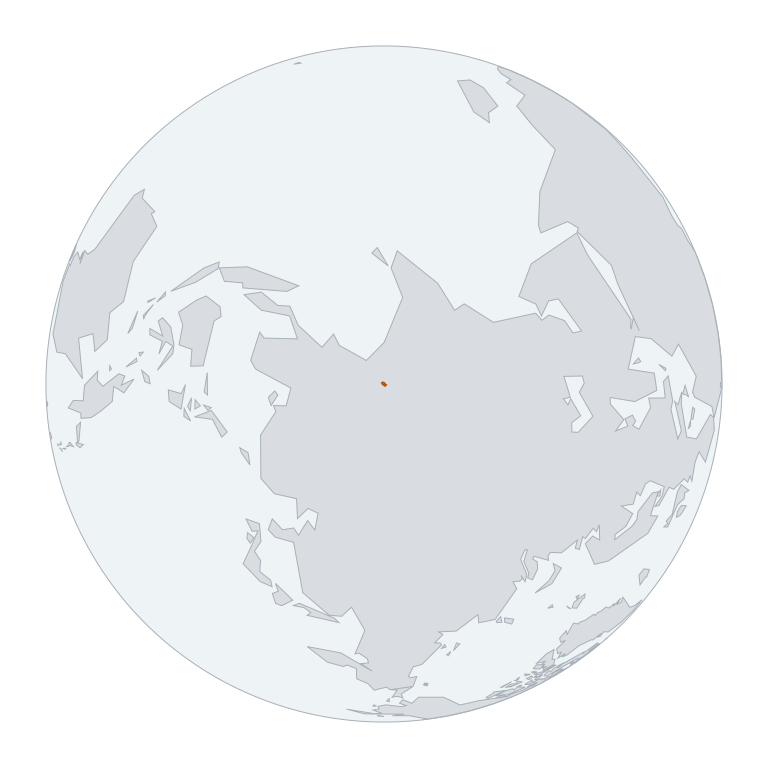 Bumthang highlighted on a globe, orthographic projection, rotated 151°
{"feature_id": "BTN-2480", "entity_name": "Bumthang", "entity_type": "District", "adm_level": 1, "iso_a3": "BTN", "parent_name": "Bhutan", "parent_adm1": "", "projection": "orthographic", "projection_center": [90.682, 27.708], "detail": "fine", "context": "on_globe", "style": "filled", "palette": "amber", "viewbox_px": 768, "rotation_deg": 151, "n_neighbors": 0, "source": "natural_earth", "source_scale": "10m", "svg_char_len": 11754}
<svg xmlns="http://www.w3.org/2000/svg" viewBox="0 0 768 768"><g transform="rotate(151 384 384)"><circle cx="384" cy="384" r="338" fill="#eef3f6" stroke="#a8b0b8"/><path d="M512.7,71.5L509.7,71.0L523.1,81.9L537.5,89.8L526.4,85.4L560.6,104.7L574.4,117.8L552.5,100.5L545.4,97.0L551.7,104.1L545.8,102.2L545.4,104.9L537.8,102.4L525.6,93.6L520.5,92.0L525.2,97.3L520.6,98.8L514.4,91.2L505.6,93.3L483.6,81.1L473.2,66.4L454.8,61.1L427.5,50.9L423.7,51.2L411.0,48.9L401.9,48.7L399.5,47.8L394.3,48.6L398.3,49.6L397.4,50.5L392.4,50.8L388.4,49.3L390.3,49.0L386.5,48.8L386.7,48.1L383.8,48.6L379.5,47.4L376.3,49.2L366.7,48.7L365.9,47.9L375.7,47.1L392.9,46.2L417.5,47.7L441.9,51.1L465.9,56.2L489.6,63.0L512.7,71.5ZM352.5,47.5L353.5,47.5L342.3,48.7L328.8,50.6L328.3,50.7L352.5,47.5ZM314.6,53.3L314.0,53.4L312.2,53.8L314.6,53.3ZM549.2,96.5L545.1,93.0L551.1,97.2L549.2,96.5ZM546.7,105.8L549.8,107.6L548.3,108.3L546.7,105.8ZM359.2,47.0L359.3,47.0L356.5,47.2L359.2,47.0ZM364.1,46.7L366.8,46.5L369.5,46.4L367.7,46.5L364.1,46.7ZM535.3,105.4L532.0,106.4L533.2,103.7L535.3,105.4ZM360.0,47.1L373.9,46.3L378.5,46.2L375.7,46.8L360.0,47.1ZM528.7,106.1L520.8,109.8L526.9,113.7L505.3,105.4L519.1,104.5L519.7,100.3L523.5,104.2L528.7,106.1ZM401.8,49.9L397.3,48.8L405.6,49.6L401.8,49.9ZM407.3,50.3L434.3,53.1L438.4,55.4L428.5,53.7L437.6,57.2L426.3,56.8L418.8,54.9L418.4,53.2L414.4,54.5L407.3,50.3ZM494.6,100.8L490.9,100.7L492.5,99.1L494.6,100.8ZM397.7,51.0L402.8,51.1L406.7,53.0L397.3,53.3L399.0,52.5L397.7,51.0ZM445.5,58.6L446.7,60.4L438.0,60.6L437.3,61.4L426.4,57.1L445.5,58.6ZM395.6,52.2L392.3,53.4L386.0,52.9L393.0,51.1L395.6,52.2ZM411.7,53.5L413.1,54.6L409.3,54.0L411.7,53.5ZM361.4,53.0L367.4,52.4L370.0,53.2L361.4,53.0ZM391.6,54.0L393.8,54.2L395.5,54.6L392.1,55.4L391.6,54.0ZM421.0,57.7L417.1,57.6L425.0,59.5L418.7,60.1L412.6,57.3L412.6,58.8L410.7,59.1L407.9,56.6L421.0,57.7ZM393.7,57.7L383.8,55.2L372.1,55.7L369.5,54.8L388.8,54.2L393.7,57.7ZM402.3,57.2L396.4,57.2L396.1,55.8L400.0,54.9L402.3,57.2ZM416.7,61.8L427.8,61.4L428.8,62.1L416.7,61.8ZM390.4,58.0L392.8,58.7L389.6,58.2L390.4,58.0ZM408.7,60.8L412.5,60.4L413.5,61.2L408.7,60.8ZM394.6,60.5L391.4,59.6L393.9,58.8L394.6,60.5ZM401.1,60.8L401.5,62.0L396.7,59.1L402.6,60.5L401.1,60.8ZM409.0,61.6L410.8,61.9L407.2,61.6L409.0,61.6ZM386.8,64.5L380.2,61.0L385.8,59.1L391.4,62.6L386.8,64.5ZM90.2,217.1L111.6,194.5L108.1,205.3L118.6,221.7L118.2,227.1L107.1,239.5L107.1,276.1L118.7,268.8L128.5,294.3L141.2,303.6L163.2,278.6L142.4,262.5L148.5,246.1L173.1,247.0L192.7,262.6L195.8,256.8L191.5,236.6L204.4,230.6L191.0,229.0L190.2,236.7L181.8,236.3L182.0,229.4L186.6,227.2L183.0,220.8L162.3,234.1L159.3,243.4L144.8,235.5L138.4,250.6L131.5,253.4L139.7,229.2L145.3,222.8L153.7,193.4L146.5,199.1L138.1,227.7L137.0,223.3L127.3,232.8L133.8,222.1L144.9,190.8L137.4,184.5L113.3,199.1L112.0,195.0L117.4,183.6L140.8,159.8L141.2,172.0L149.5,165.2L161.8,149.8L160.9,155.3L166.0,150.9L167.4,155.6L181.6,151.4L184.8,155.5L202.2,144.5L206.3,145.5L194.8,151.4L188.6,158.4L198.1,170.4L203.4,169.9L214.0,162.1L215.3,167.0L224.3,158.1L235.6,162.2L229.3,150.1L241.6,142.2L254.8,140.3L257.7,135.9L236.2,139.3L228.6,142.8L223.8,149.1L202.1,158.6L196.3,156.8L214.8,139.7L208.5,135.8L225.7,125.5L273.4,120.4L287.3,124.2L285.3,146.7L275.2,149.8L271.0,142.9L264.0,156.5L269.8,151.8L270.9,156.4L282.8,151.2L284.2,154.2L293.4,144.5L296.3,147.7L290.5,153.8L310.7,150.3L320.1,156.1L324.0,153.9L325.6,150.0L336.4,160.7L338.8,158.7L336.2,154.3L339.3,147.7L349.1,140.7L352.3,144.8L349.2,147.9L347.6,161.1L338.9,169.5L341.2,170.6L349.5,164.4L351.5,148.0L356.5,142.7L357.0,150.1L357.2,146.9L360.7,145.7L367.1,148.5L367.2,140.5L401.0,124.2L416.9,129.2L413.6,136.7L440.6,132.9L456.4,140.7L453.9,136.4L465.2,132.9L460.4,130.3L460.1,128.0L486.9,120.4L495.7,122.5L504.5,116.3L503.2,114.3L497.2,112.2L505.3,105.4L526.9,113.7L528.7,117.6L541.0,121.0L543.3,129.8L550.8,139.4L546.1,148.5L552.5,156.1L556.6,156.7L568.4,168.2L578.4,191.5L552.2,169.8L533.6,138.7L539.6,150.6L532.8,147.5L531.7,151.8L536.4,160.8L540.2,162.0L520.1,177.8L520.6,204.5L533.7,201.4L544.1,208.4L556.2,241.0L539.8,289.3L553.5,303.0L555.8,312.8L547.1,320.2L543.5,305.8L532.8,301.8L532.1,293.2L517.0,301.6L515.3,289.7L504.3,303.0L510.9,312.0L524.9,308.2L516.1,326.1L533.1,341.2L537.4,361.2L516.7,399.2L492.1,412.2L491.1,418.7L480.2,412.3L467.4,425.6L489.1,459.3L489.1,469.4L467.5,489.7L466.7,482.4L437.8,465.4L433.5,489.3L455.5,508.0L463.1,530.0L446.7,523.8L438.9,504.3L428.6,497.7L430.6,477.1L420.5,446.2L403.9,452.1L404.4,439.4L388.0,413.1L363.7,420.3L325.6,450.7L321.6,482.0L307.9,494.1L288.2,445.9L286.5,414.2L274.9,415.2L258.4,384.9L217.0,372.4L215.0,363.2L206.4,364.4L195.3,351.9L194.0,337.0L185.5,334.5L190.2,373.9L199.8,376.8L213.3,367.2L212.4,380.2L223.6,395.2L197.0,417.7L142.1,422.7L143.4,398.3L136.6,320.7L140.6,314.5L140.9,313.6L141.2,312.0L133.6,321.5L134.8,306.8L131.1,357.9L127.6,377.7L141.2,423.8L138.3,426.2L144.7,437.0L173.5,440.1L172.1,447.7L154.4,476.7L120.5,505.9L128.9,538.7L133.1,562.8L120.7,568.2L130.7,588.1L125.5,588.6L131.1,598.7L132.0,604.7L130.1,606.3L122.5,598.0L107.8,578.6L94.4,558.2L82.6,536.9L66.2,498.4L61.9,480.8L57.8,462.3L49.5,412.0L50.8,392.8L50.4,380.4L48.4,376.0L48.8,361.2L48.3,356.9L48.0,348.0L52.1,320.6L58.4,293.6L66.9,267.3L77.5,241.7L90.2,217.1ZM91.9,217.3L88.7,222.5L91.9,217.3ZM206.6,294.8L222.9,303.4L227.5,282.1L234.2,284.0L233.3,276.5L227.8,280.6L227.4,260.8L238.7,259.1L242.9,250.8L237.6,247.6L216.9,254.4L217.2,282.1L208.4,287.7L206.6,294.8ZM192.8,125.6L189.2,130.2L182.7,133.6L178.7,130.9L188.1,125.7L192.8,125.6ZM185.7,136.2L205.2,121.4L208.5,123.3L203.3,124.5L203.5,127.3L195.3,130.2L179.4,147.6L172.7,151.9L168.9,143.0L173.8,143.1L177.0,138.3L185.7,136.2ZM249.1,88.3L257.5,84.1L253.7,93.3L246.3,96.3L241.7,93.1L247.9,87.8L249.1,88.3ZM352.4,49.3L355.9,48.7L357.0,48.8L355.0,49.5L352.4,49.3ZM364.0,52.6L338.3,52.7L341.0,51.8L322.8,54.1L322.7,52.9L334.6,51.2L320.9,52.6L331.6,50.6L321.5,52.0L347.9,48.5L356.9,47.5L346.8,48.9L346.6,49.9L349.2,50.1L363.4,50.1L382.7,49.5L385.6,51.2L382.5,52.6L378.3,53.0L377.7,51.6L372.5,53.1L368.5,51.5L364.0,52.6ZM344.2,79.9L345.4,76.1L334.1,83.0L330.1,79.7L329.0,80.8L322.2,79.9L312.1,80.9L311.7,79.1L308.0,80.4L303.4,80.2L298.1,81.4L295.5,78.9L288.8,80.4L291.4,78.4L280.6,81.9L287.5,78.3L282.2,78.3L278.3,81.7L277.3,69.5L271.5,68.6L262.9,70.2L275.9,65.0L292.2,60.7L308.2,58.5L311.9,60.8L317.1,58.5L320.4,59.1L314.9,60.6L325.3,58.8L326.6,59.8L340.8,60.6L355.1,58.3L360.6,58.9L355.7,60.3L364.7,60.0L359.1,63.4L362.9,64.1L361.3,68.7L349.5,71.8L354.7,72.5L353.7,76.5L344.2,79.9ZM385.9,65.7L372.7,69.2L364.0,69.4L370.5,61.6L367.8,60.5L371.7,56.4L384.2,56.4L382.0,57.4L382.7,58.5L378.5,58.1L382.4,59.3L379.4,61.0L381.6,62.6L376.7,63.2L385.9,65.7ZM123.9,224.8L124.7,227.6L127.4,230.5L121.3,236.9L123.9,224.8ZM130.9,203.4L132.6,204.4L125.3,214.0L124.4,211.4L130.9,203.4ZM139.7,197.3L133.3,203.8L136.2,198.7L139.7,197.3ZM197.0,152.3L199.5,153.4L197.3,155.6L193.1,157.4L197.0,152.3ZM310.0,102.9L312.1,99.8L314.3,99.7L324.2,94.5L328.0,97.0L323.5,101.1L310.0,102.9ZM156.1,280.7L148.8,283.4L148.5,279.3L151.0,279.1L156.1,280.7ZM131.4,259.3L134.1,267.8L129.8,261.0L131.4,259.3ZM315.8,104.7L319.4,102.1L319.1,105.0L315.8,104.7ZM331.2,98.6L331.9,101.5L329.6,96.7L331.2,98.6ZM301.2,705.0L307.8,707.4L302.5,706.5L301.2,705.0ZM173.5,578.4L172.8,613.4L161.3,608.2L153.4,594.9L149.7,571.9L161.1,570.6L165.1,561.5L173.5,578.4ZM541.9,570.1L550.9,569.7L550.4,571.0L541.9,570.1ZM532.6,567.2L543.1,565.8L530.6,570.4L532.6,567.2ZM547.1,565.3L557.8,560.8L562.4,557.7L561.4,560.6L547.1,565.3ZM525.4,568.4L485.2,572.8L469.0,570.6L473.1,565.4L499.3,564.3L525.4,568.4ZM471.8,565.4L446.8,552.8L411.0,511.3L423.9,512.0L460.9,536.5L458.6,541.0L473.8,551.2L471.8,565.4ZM531.4,533.1L528.9,546.4L507.0,548.2L496.9,547.2L489.9,531.0L493.8,522.0L502.2,521.4L533.4,487.6L544.5,493.3L535.2,507.4L544.3,517.6L531.4,533.1ZM323.1,485.2L331.2,504.4L323.7,506.6L323.1,485.2ZM545.1,464.3L533.1,479.6L543.7,460.0L545.1,464.3ZM550.8,446.2L552.0,453.0L546.5,447.1L550.8,446.2ZM491.7,428.4L482.9,430.8L482.2,425.8L493.1,419.9L491.7,428.4ZM540.5,378.2L542.1,392.9L541.0,398.2L536.2,389.9L540.5,378.2ZM353.2,128.0L335.3,131.9L324.9,137.7L323.0,145.0L318.0,137.0L334.0,128.0L353.2,128.0ZM394.8,124.0L396.4,118.5L400.8,120.4L401.0,121.9L394.8,124.0ZM392.1,121.0L384.5,115.4L388.7,112.1L393.9,117.1L392.1,121.0ZM349.5,108.5L343.9,109.3L344.4,106.8L349.5,108.5ZM585.5,654.8L591.4,649.0L599.8,643.4L591.1,650.8L585.5,654.8ZM571.7,642.0L511.0,670.1L499.2,670.5L505.4,663.8L500.9,645.9L505.0,645.7L506.3,632.0L543.9,612.7L571.9,582.3L589.2,579.3L604.5,556.9L621.1,552.7L614.1,569.1L628.9,572.2L645.1,534.8L648.0,564.9L654.7,570.5L649.3,588.1L614.8,629.5L600.7,641.3L600.7,640.0L594.1,645.3L587.8,647.9L589.7,640.5L583.0,645.6L591.9,636.3L581.0,645.8L580.3,641.1L571.7,642.0ZM688.0,529.1L688.8,528.3L688.2,531.0L687.0,532.8L688.0,529.1ZM700.1,501.1L700.0,502.3L699.3,503.8L700.1,501.1ZM699.8,501.1L701.4,496.7L700.4,500.2L699.8,501.1ZM697.9,490.4L699.0,487.6L699.1,488.6L697.9,490.4ZM564.0,567.2L577.0,554.8L583.6,552.4L564.0,567.2ZM697.2,487.8L694.9,489.7L695.4,487.6L697.2,487.8ZM697.9,483.2L698.0,480.7L698.6,485.6L697.9,483.2ZM694.0,481.3L696.5,483.5L693.6,482.2L694.0,481.3ZM692.2,483.5L690.1,483.2L690.3,482.2L692.2,483.5ZM663.2,505.6L671.7,516.1L663.7,520.3L655.2,515.1L646.6,528.1L628.2,533.9L633.0,526.4L631.0,518.3L610.8,521.4L606.8,516.6L614.3,510.4L600.4,509.5L615.7,502.4L621.6,512.9L630.1,500.5L643.8,497.8L656.4,496.5L665.7,500.9L663.2,505.6ZM615.0,529.5L617.5,528.7L615.0,533.0L615.0,529.5ZM686.1,479.8L689.1,483.2L688.6,485.0L687.0,485.3L686.1,479.8ZM668.0,497.6L678.4,482.1L680.6,480.9L673.6,496.0L668.0,497.6ZM676.3,476.8L680.7,475.6L682.7,479.9L681.7,482.0L676.3,476.8ZM583.8,526.7L583.1,530.3L579.0,528.6L583.8,526.7ZM589.2,523.4L601.4,524.0L588.0,526.6L589.2,523.4ZM550.4,519.5L554.2,527.0L566.3,519.5L557.1,528.8L564.9,540.5L561.9,546.1L554.3,533.2L550.9,548.6L545.5,549.3L542.9,537.1L548.6,520.4L554.0,512.9L575.6,505.9L550.4,519.5ZM589.3,513.5L586.0,504.6L588.4,497.6L592.0,501.9L589.3,513.5ZM575.5,483.4L566.0,473.9L557.9,479.8L573.7,460.5L580.4,472.9L575.5,483.4ZM566.6,459.8L559.0,465.3L566.4,454.4L566.6,459.8ZM556.8,461.8L555.3,453.9L561.6,453.8L556.8,461.8ZM570.6,459.4L571.1,445.4L574.7,452.8L570.6,459.4ZM551.1,436.2L565.6,447.1L547.8,444.5L544.4,418.0L551.8,416.2L551.1,436.2ZM575.5,320.1L572.2,312.8L578.1,309.7L578.7,315.5L575.5,320.1ZM594.4,295.1L578.6,306.5L565.5,316.7L570.8,319.2L570.1,332.9L560.7,322.2L568.0,305.8L578.4,300.6L577.5,289.4L583.6,280.3L578.3,267.4L580.2,260.9L588.1,271.3L594.4,295.1ZM575.6,262.2L568.6,239.2L580.9,239.7L585.2,244.8L583.2,254.9L576.9,254.0L575.6,262.2ZM570.6,234.1L564.3,233.2L540.9,203.2L539.1,197.2L563.4,219.0L558.8,219.5L562.4,227.2L570.6,234.1ZM493.4,102.7L491.1,100.9L494.9,102.0L493.4,102.7ZM457.2,126.7L457.4,123.9L461.9,124.9L457.2,126.7ZM460.4,116.9L455.2,117.6L459.4,115.1L460.4,116.9ZM443.8,119.9L452.5,117.1L446.1,122.3L443.8,119.9Z" fill="#d9dde1" stroke="#a8b0b8" stroke-width="1"/><path d="M382.9,381.9L383.0,381.8L383.4,381.9L383.6,381.9L383.8,381.8L383.9,381.7L384.0,381.8L384.4,382.0L384.4,382.3L384.4,382.5L384.2,382.7L384.3,382.8L384.5,382.9L384.6,383.1L384.7,383.3L384.8,383.4L384.8,383.5L385.0,383.5L385.1,383.8L385.1,384.0L385.4,384.1L385.4,384.4L385.4,384.5L385.4,384.8L385.4,385.1L385.4,385.3L385.5,385.3L385.5,385.6L385.4,385.6L385.5,385.9L385.4,385.9L385.3,386.0L385.2,386.1L384.8,386.3L384.6,386.2L384.4,386.0L384.4,385.9L384.3,386.0L384.2,386.0L383.9,385.8L383.8,385.7L383.7,385.7L383.4,385.5L383.4,385.4L383.4,385.2L383.2,384.8L383.2,384.7L383.1,384.4L383.1,384.2L383.2,383.9L383.1,383.7L382.9,383.7L382.8,383.4L383.0,383.1L383.0,382.9L382.9,382.7L382.7,382.5L382.8,382.5L382.8,382.4L382.7,382.1L382.8,382.0L382.9,381.9Z" fill="#f59e0b" stroke="#b45309" stroke-width="1.5"/></g></svg>